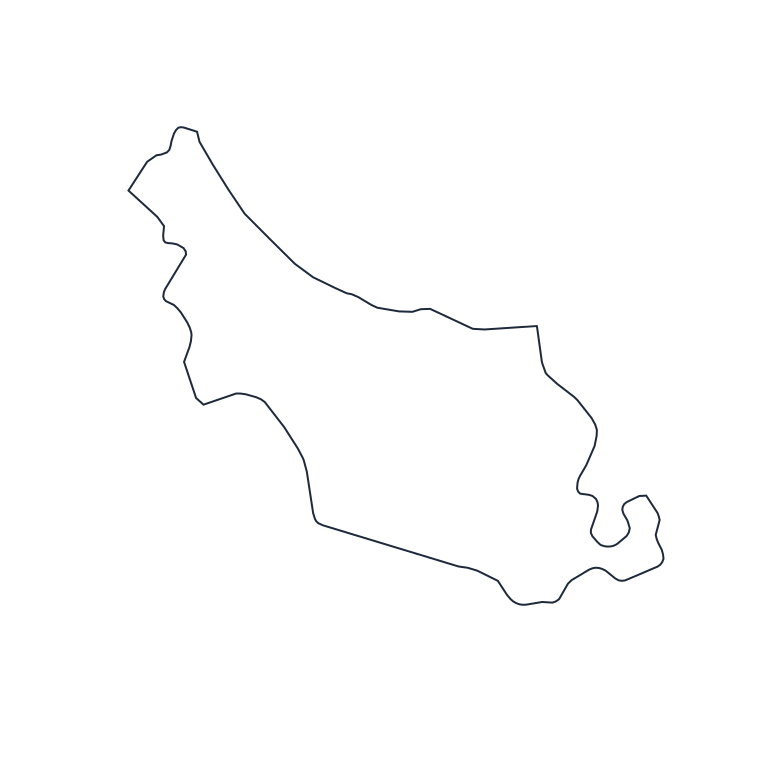 the Governorate of Sousse, rotated 313°
{"feature_id": "TUN-119", "entity_name": "Sousse", "entity_type": "Governorate", "adm_level": 1, "iso_a3": "TUN", "parent_name": "Tunisia", "parent_adm1": "", "projection": "albers", "projection_center": [10.439, 35.896], "detail": "fine", "context": "isolated", "style": "outline", "palette": "slate", "viewbox_px": 768, "rotation_deg": 313, "n_neighbors": 0, "source": "natural_earth", "source_scale": "10m", "svg_char_len": 2199}
<svg xmlns="http://www.w3.org/2000/svg" viewBox="0 0 768 768"><g transform="rotate(313 384 384)"><path d="M441.0,75.2L435.3,83.9L427.5,109.8L420.0,137.9L413.5,165.9L412.2,200.8L411.1,236.9L413.7,259.4L420.8,282.5L424.9,294.8L427.6,299.1L430.0,305.8L433.2,320.8L435.2,327.0L447.3,345.4L456.1,355.5L463.8,359.9L470.4,366.5L484.9,411.3L492.4,420.3L530.6,456.2L529.3,458.0L507.5,484.8L502.3,494.8L502.0,497.9L502.2,510.5L504.2,531.7L504.1,536.6L500.7,558.9L498.4,566.1L495.6,571.0L491.2,574.8L482.3,580.3L462.6,587.3L450.2,590.1L447.2,591.1L443.9,592.8L439.2,596.5L437.7,599.4L437.6,602.2L442.8,609.6L444.3,612.8L444.5,617.6L443.1,620.8L441.1,623.4L436.2,626.9L418.6,634.7L416.2,636.8L414.8,640.2L414.0,647.7L414.0,652.0L414.3,652.9L415.7,655.8L417.4,658.2L419.6,660.4L422.0,662.1L424.7,663.2L426.8,663.7L438.3,665.1L442.6,664.2L446.2,662.0L449.2,656.9L450.4,654.4L452.3,648.0L453.1,646.4L454.5,644.1L456.8,642.5L459.7,641.6L463.1,642.0L476.2,647.1L481.2,651.9L476.2,672.1L475.0,674.5L472.6,678.3L459.0,685.6L456.7,689.0L454.9,692.7L452.1,700.4L449.5,704.5L446.8,707.6L443.7,708.9L440.4,709.3L437.0,708.6L404.8,694.3L402.3,692.2L400.4,689.4L399.5,685.7L398.6,673.1L397.5,669.6L396.0,666.6L393.9,664.0L391.3,662.1L388.1,660.6L368.6,655.0L363.5,654.7L346.0,658.8L342.0,657.9L339.0,656.3L332.5,648.4L319.5,638.4L317.2,636.1L315.3,633.4L313.9,630.2L313.1,626.7L313.0,623.2L313.7,617.6L317.7,601.5L311.0,579.3L306.7,570.6L301.4,563.0L239.0,435.7L237.4,430.9L237.4,428.1L238.2,425.6L241.2,420.3L267.2,387.4L273.1,378.0L274.3,375.7L278.0,365.2L284.4,340.3L289.5,309.0L288.9,304.4L287.1,299.4L282.2,289.9L279.0,285.4L276.1,282.3L245.8,266.1L245.6,256.1L263.8,222.7L278.4,216.5L283.6,213.6L288.4,210.0L290.3,207.8L292.7,203.6L294.9,197.9L297.8,186.7L298.5,181.0L298.5,176.5L295.9,168.1L296.1,165.4L297.5,162.8L301.2,160.3L304.2,159.2L343.6,151.0L345.7,148.6L346.7,144.7L345.0,137.5L342.4,133.2L339.8,130.0L338.4,127.5L338.8,124.8L341.9,121.3L349.4,115.5L351.6,104.2L351.2,65.2L369.2,62.0L385.1,59.2L396.1,61.6L399.6,64.4L405.3,67.3L408.9,67.3L412.6,65.5L416.6,63.0L423.9,59.6L427.9,58.7L431.2,58.8L433.0,60.1L434.1,61.3L435.1,62.8L438.1,69.1L441.0,75.2Z" fill="none" stroke="#1e293b" stroke-width="2"/></g></svg>